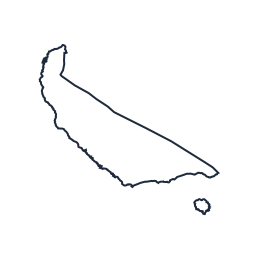 Buru Selatan, Maluku, Indonesia (orthographic projection), rotated 15°
{"feature_id": "22746128B90083339512512", "entity_name": "Buru Selatan", "entity_type": "district", "adm_level": 2, "iso_a3": "IDN", "parent_name": "Indonesia", "parent_adm1": "Maluku", "projection": "orthographic", "projection_center": [126.898, -3.508], "detail": "fine", "context": "isolated", "style": "outline", "palette": "slate", "viewbox_px": 256, "rotation_deg": 15, "n_neighbors": 0, "source": "geoboundaries", "source_scale": "gbopen_adm2", "svg_char_len": 5779}
<svg xmlns="http://www.w3.org/2000/svg" viewBox="0 0 256 256"><g transform="rotate(15 128 128)"><path d="M49.2,71.1L48.3,70.2L48.0,69.3L46.8,68.3L46.7,66.7L46.6,65.9L46.2,65.4L45.3,64.8L43.9,64.6L43.5,64.7L43.3,64.9L43.0,65.9L42.2,67.3L41.0,67.9L40.6,68.3L40.5,68.6L39.5,69.6L37.6,70.5L36.5,70.6L35.9,71.7L34.7,72.2L32.7,74.4L32.0,74.4L31.9,74.6L31.7,76.2L31.9,76.9L31.2,77.2L31.0,77.8L31.8,79.4L31.7,79.8L31.9,80.3L31.6,80.6L31.6,81.0L31.5,81.5L31.4,82.3L31.7,82.9L31.5,84.0L32.0,84.7L31.9,85.0L30.8,85.5L30.4,86.0L30.4,86.6L30.3,86.8L30.4,88.0L30.0,88.5L29.9,88.8L30.1,89.3L30.1,90.6L30.4,90.5L30.7,91.1L30.8,91.6L30.6,92.4L30.8,93.4L30.5,94.0L30.1,94.4L30.1,94.6L30.6,95.2L30.9,95.3L31.1,95.5L30.1,96.7L30.1,97.7L30.4,98.7L32.0,99.8L32.1,100.3L31.8,100.9L30.8,101.8L30.2,104.1L30.5,104.4L30.7,105.4L30.9,105.7L32.0,106.2L32.7,108.1L34.9,110.1L35.5,110.4L35.6,110.6L35.3,111.0L35.3,111.4L35.5,111.4L35.5,111.8L35.3,112.3L35.1,114.1L35.3,114.8L36.3,116.6L36.4,117.3L37.8,118.9L37.9,119.3L38.3,119.8L39.5,120.3L39.7,120.6L39.9,121.3L40.2,121.4L40.2,121.9L40.9,123.1L42.2,123.9L43.4,123.9L44.0,124.3L44.3,124.2L44.6,124.7L45.8,125.3L46.2,126.0L47.6,126.2L47.9,126.5L49.1,127.0L49.3,127.8L49.6,128.0L49.8,127.9L50.4,128.2L50.8,128.4L51.0,128.8L51.0,129.5L52.7,130.3L53.3,130.8L53.4,131.0L53.3,131.4L53.5,131.7L53.5,132.0L54.5,132.7L54.9,133.2L55.0,134.3L55.4,135.2L55.3,135.7L55.6,136.2L55.6,137.1L55.3,138.2L55.4,138.6L55.2,139.8L55.9,140.5L55.8,141.3L56.1,142.0L56.8,142.4L57.0,143.0L58.0,144.4L57.9,144.5L58.4,144.9L59.5,145.6L60.0,145.7L60.6,146.5L64.6,145.6L66.2,145.6L66.7,146.0L66.8,146.2L67.8,146.9L69.4,147.6L69.9,148.1L70.9,148.8L71.4,149.3L71.7,150.1L72.1,150.8L73.3,151.4L73.3,151.6L73.9,152.3L73.8,152.7L73.9,152.9L75.2,153.1L76.7,153.8L77.3,153.8L78.7,154.6L81.3,154.9L82.8,155.4L84.2,156.8L84.9,158.9L85.5,159.2L88.5,159.4L88.8,159.9L89.7,160.6L89.8,160.9L90.7,161.5L91.7,161.7L91.9,161.4L91.9,160.8L92.2,160.8L92.9,160.1L93.0,160.5L93.3,160.6L93.3,160.9L92.9,161.0L92.6,160.9L92.2,161.2L92.3,161.7L93.0,161.9L94.2,162.7L94.3,163.0L94.7,162.9L95.2,163.5L95.3,163.9L95.8,164.0L97.2,164.7L97.3,164.6L97.5,164.8L98.1,164.9L98.4,165.5L98.7,165.5L98.8,165.7L99.4,165.4L99.3,166.0L99.6,166.4L100.9,167.0L101.3,166.1L101.8,166.2L101.7,167.5L101.9,167.8L102.7,168.0L103.6,168.4L104.3,169.0L105.2,169.0L106.0,169.3L106.5,169.2L106.8,169.6L106.7,169.9L106.9,170.2L107.3,169.9L107.9,170.0L108.4,170.7L108.6,171.3L108.9,171.4L109.3,171.4L109.3,171.9L109.1,172.0L109.3,172.3L109.6,172.4L109.7,172.1L109.9,172.1L109.8,171.8L109.9,171.7L110.8,171.3L111.1,171.3L111.9,171.9L112.4,171.7L112.5,172.4L112.4,172.4L112.5,172.8L112.4,173.0L112.0,173.0L111.4,173.2L111.4,173.5L111.2,173.5L111.4,173.5L111.3,173.8L112.5,173.7L112.8,173.9L113.6,173.9L114.0,174.0L114.0,173.8L114.8,173.4L116.9,173.1L117.5,173.1L118.3,173.6L118.7,173.4L118.9,173.4L119.5,174.1L120.9,174.5L122.1,175.1L122.7,175.2L123.3,176.2L123.5,176.2L123.8,176.5L124.5,175.9L124.8,176.0L124.9,176.3L125.2,176.2L125.2,176.4L125.7,176.7L125.8,177.2L125.6,177.4L125.9,177.8L126.5,177.9L127.0,177.3L127.5,177.8L127.9,178.1L127.2,178.5L127.6,178.6L128.1,179.0L128.4,179.0L128.8,178.3L129.0,178.2L130.3,178.0L131.1,178.3L132.0,179.5L132.9,179.7L133.8,180.6L134.3,180.9L135.3,181.1L136.0,181.5L136.5,182.3L136.7,183.5L138.8,184.4L140.0,184.4L141.7,183.4L141.9,182.8L142.7,182.4L143.3,182.5L143.4,182.2L144.3,181.9L145.4,181.9L146.2,182.3L146.6,182.6L146.5,183.5L147.5,183.8L147.7,183.4L147.3,183.2L147.9,182.5L154.7,177.5L158.7,175.3L159.6,175.2L164.5,173.0L164.9,172.9L165.3,173.0L167.2,172.2L168.6,172.0L169.1,172.4L169.8,172.6L170.3,173.0L171.3,173.0L171.5,173.1L171.6,172.7L173.3,171.5L175.8,170.7L176.0,170.5L176.5,170.8L178.6,170.4L179.8,169.8L180.4,170.1L181.1,170.1L181.6,169.9L182.3,168.6L182.1,167.8L182.7,167.2L184.4,165.8L184.8,165.6L185.9,165.8L186.2,165.7L187.7,163.5L188.0,162.8L188.6,162.3L191.2,160.7L196.8,156.9L199.2,156.3L200.1,155.9L203.1,155.8L203.9,155.9L204.1,155.6L204.7,155.6L207.3,153.1L208.5,152.8L209.6,152.9L210.5,152.4L211.8,152.5L212.3,153.1L214.6,153.3L216.2,154.4L218.2,154.6L218.6,154.5L219.0,154.8L219.5,154.7L220.2,154.3L220.6,154.4L221.2,153.6L221.6,153.5L222.2,152.9L223.0,152.7L223.6,152.2L224.9,150.1L225.5,150.0L226.0,149.6L226.1,148.5L226.8,148.0L220.0,144.1L212.0,141.5L173.1,129.6L145.1,123.4L110.5,116.3L102.9,112.5L89.9,108.2L81.1,104.5L65.6,100.6L50.4,95.0L49.0,93.9L50.3,89.1L49.9,82.9L48.7,79.2L47.1,71.9L48.5,71.7L49.2,71.1ZM222.7,178.3L220.4,177.2L219.9,177.1L219.3,177.3L218.6,177.7L218.3,178.4L217.8,178.7L217.3,178.7L216.6,178.4L215.3,178.3L214.8,178.5L214.2,179.6L212.8,180.1L212.3,180.7L211.4,182.3L211.4,183.0L211.6,183.2L211.8,183.3L212.0,183.8L212.5,183.9L212.4,184.5L212.8,185.3L212.9,185.9L213.3,186.3L214.0,186.6L214.0,187.1L214.3,187.3L214.9,188.8L215.5,188.7L215.8,188.4L216.3,188.7L216.6,188.6L216.6,188.4L216.8,188.3L217.1,188.4L217.0,188.6L217.1,188.9L217.4,189.0L218.0,189.1L218.8,189.5L219.9,189.3L220.6,189.7L220.8,189.5L221.2,189.6L220.7,189.3L221.0,189.1L221.3,189.0L221.8,189.1L221.7,190.1L222.5,190.7L222.8,191.3L224.3,191.4L224.5,191.2L224.5,190.8L224.3,190.4L224.4,189.8L225.1,188.3L224.9,187.7L225.2,187.4L225.8,187.4L225.7,187.1L225.9,186.9L226.7,187.0L226.9,187.2L227.6,186.6L227.4,186.3L226.8,186.1L226.6,185.7L227.0,185.0L227.3,184.9L227.4,184.7L226.9,184.5L226.8,184.4L226.8,184.0L227.4,183.2L226.8,183.1L226.6,182.7L226.3,182.6L226.3,182.3L226.7,181.5L226.6,181.1L226.3,180.7L226.0,180.5L225.3,180.5L224.8,180.2L224.5,179.8L224.5,179.4L224.1,179.5L223.4,179.1L223.1,179.2L223.1,178.7L222.7,178.3ZM28.7,87.1L29.5,86.1L29.5,85.9L30.1,85.4L30.2,85.0L30.0,84.8L29.9,84.0L30.0,83.8L30.1,82.7L30.5,82.3L30.4,81.7L30.5,81.5L30.2,81.4L29.4,82.5L29.1,82.5L28.9,82.9L28.4,86.7L28.5,87.1L28.7,87.1Z" fill="none" stroke="#1e293b" stroke-width="2"/></g></svg>